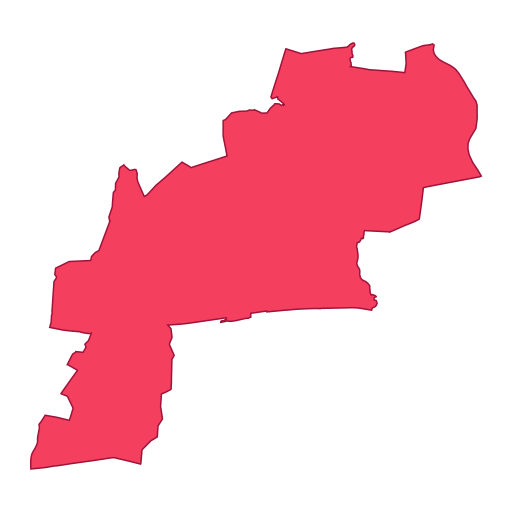 Viesturu pag., Rundales, Latvia
{"feature_id": "27541924B49235557147399", "entity_name": "Viesturu pag.", "entity_type": "district", "adm_level": 2, "iso_a3": "LVA", "parent_name": "Latvia", "parent_adm1": "Rundales", "projection": "orthographic", "projection_center": [23.935, 56.446], "detail": "fine", "context": "isolated", "style": "filled", "palette": "rose", "viewbox_px": 512, "rotation_deg": 0, "n_neighbors": 0, "source": "geoboundaries", "source_scale": "gbopen_adm2", "svg_char_len": 5857}
<svg xmlns="http://www.w3.org/2000/svg" viewBox="0 0 512 512"><path d="M249.4,317.6L250.8,317.1L250.7,314.2L250.8,313.3L266.8,311.0L266.9,311.9L281.9,310.5L282.9,310.4L283.0,310.3L287.1,310.1L295.6,309.3L301.0,309.0L307.7,308.7L314.9,308.5L320.1,308.6L320.1,308.4L352.3,307.7L357.3,307.9L361.0,308.4L371.6,310.2L371.8,309.3L372.4,308.1L373.6,307.3L374.6,307.0L375.2,306.6L375.7,305.9L375.9,305.8L376.3,305.5L376.4,305.1L376.6,304.7L376.8,304.3L377.1,303.2L376.8,302.1L376.6,301.5L376.2,300.6L375.7,300.3L375.5,300.2L374.7,300.3L374.3,300.0L374.1,299.7L374.0,299.3L374.0,298.9L374.2,298.1L374.4,297.6L374.7,297.4L375.1,297.1L376.2,296.7L376.2,296.4L375.6,296.1L375.2,295.6L373.2,294.9L372.2,294.6L371.7,294.8L371.3,295.0L371.0,294.7L370.8,294.4L370.8,294.2L370.4,293.3L370.4,293.0L370.1,292.3L370.1,292.1L370.0,291.7L370.1,290.8L370.0,290.6L370.0,290.3L369.9,290.1L370.0,289.9L369.7,288.0L369.8,286.3L369.6,285.6L368.3,283.8L366.0,281.7L362.9,280.3L361.5,279.2L360.1,276.9L360.1,276.0L359.8,275.0L359.6,274.2L359.7,273.4L359.8,273.0L359.8,271.0L359.5,269.3L359.2,268.7L357.5,266.0L357.1,264.8L356.8,263.5L356.9,262.3L357.3,261.1L357.9,258.4L358.0,256.2L358.0,254.4L357.5,251.2L357.2,248.8L356.7,247.4L356.6,246.1L357.0,243.8L357.4,242.6L359.1,242.2L360.4,240.7L360.9,239.5L361.0,238.9L361.5,238.2L362.2,238.2L362.7,238.7L363.1,238.4L363.3,238.2L363.5,237.5L363.4,236.2L363.9,234.7L364.0,232.3L364.5,230.6L389.9,231.9L389.9,232.0L392.4,230.9L392.8,230.8L399.4,227.9L403.3,226.1L414.8,221.5L419.1,219.2L419.5,217.7L421.6,202.7L423.4,187.7L426.6,186.9L435.8,185.1L451.6,182.1L454.9,181.5L458.5,180.8L466.5,179.3L479.6,176.8L481.3,176.1L478.0,170.4L472.6,162.3L469.2,154.9L467.9,148.8L468.1,143.4L469.7,138.8L475.9,128.3L477.2,118.5L477.1,113.4L477.1,105.2L475.9,101.1L473.6,97.8L466.4,85.9L464.1,81.7L458.7,73.1L457.0,71.0L455.5,69.2L454.2,68.2L452.2,66.7L449.4,65.0L443.7,62.2L438.9,59.3L436.2,56.6L434.3,53.9L433.7,51.8L433.3,49.7L434.1,45.0L432.6,43.9L430.2,44.7L427.4,45.1L424.5,45.4L422.9,45.7L414.9,48.6L408.1,51.2L406.0,51.9L405.4,52.3L405.6,54.4L405.7,55.1L405.9,57.2L405.8,57.6L405.8,58.3L406.1,62.2L406.1,63.6L406.0,64.5L405.3,69.2L404.9,72.2L404.8,72.6L393.1,71.4L373.9,70.0L371.4,69.9L368.8,69.6L364.2,68.7L350.6,66.6L351.0,66.3L351.2,66.0L351.2,65.0L351.1,64.1L351.0,62.8L350.9,62.3L350.7,61.8L350.4,61.3L350.1,59.9L350.2,58.5L350.4,58.2L350.6,57.8L350.8,57.5L351.1,57.4L352.5,57.4L352.9,57.0L352.9,56.0L352.8,55.6L352.6,54.9L352.4,54.3L351.9,52.5L352.1,51.2L351.7,50.2L351.7,48.7L352.6,47.3L353.9,46.4L354.6,45.4L354.7,44.2L353.9,43.0L352.7,43.0L349.6,44.8L348.8,45.9L348.0,46.4L347.8,46.4L347.2,47.1L342.4,47.6L333.1,48.4L329.9,49.0L310.2,52.1L307.6,52.6L301.2,53.6L286.3,48.9L285.9,48.8L284.2,54.1L278.6,72.7L275.2,83.2L270.9,97.0L272.1,98.7L275.8,97.4L277.5,96.8L277.8,98.9L283.1,103.2L283.1,103.4L284.3,104.5L283.7,105.3L283.0,104.4L281.5,105.5L279.3,104.0L275.8,103.7L275.4,103.7L274.5,104.0L274.1,104.8L270.4,108.2L267.0,113.0L261.4,113.1L259.9,112.2L254.6,109.8L254.6,110.1L252.9,110.2L249.3,110.0L249.1,110.1L247.5,110.8L246.8,111.1L239.5,111.3L231.6,112.9L225.5,119.6L223.2,120.5L223.1,125.0L223.2,127.2L223.1,130.4L223.2,136.1L223.3,136.9L225.6,148.4L227.0,156.0L191.0,167.6L188.8,166.1L186.6,164.8L182.0,162.1L181.6,162.5L165.1,177.5L156.2,185.1L155.7,185.6L147.2,194.8L144.3,196.5L143.7,195.2L142.0,191.4L137.9,182.1L137.6,181.0L137.3,179.2L137.0,177.5L137.0,176.9L137.3,173.8L137.1,173.0L136.9,172.7L136.2,170.0L135.6,169.6L135.2,169.5L134.7,169.4L130.5,170.4L129.7,170.3L129.3,170.0L126.1,167.3L124.1,165.5L123.9,164.9L120.1,167.5L119.7,168.2L118.8,173.8L119.1,176.7L119.0,176.9L117.7,179.5L115.6,183.2L115.4,189.9L115.3,190.2L115.2,190.3L113.5,192.3L113.4,192.5L113.3,193.0L112.8,199.2L112.5,202.7L112.3,206.8L109.0,216.7L108.9,217.0L109.0,217.4L109.5,220.4L109.6,220.7L110.0,220.9L109.9,221.2L98.9,250.5L95.9,252.2L95.4,252.4L91.5,256.5L90.7,260.5L69.5,261.5L69.0,261.6L55.6,268.2L54.8,274.5L56.3,276.6L56.4,276.9L56.5,277.7L54.0,281.6L53.6,287.3L53.3,291.6L52.0,311.2L52.1,314.0L51.6,315.1L51.5,315.7L51.2,321.4L51.1,322.4L49.7,327.4L62.6,330.0L68.0,330.7L76.8,331.5L78.3,331.7L78.8,331.6L78.9,331.4L80.9,332.2L83.0,332.7L88.7,333.6L91.3,333.3L88.5,340.6L84.9,344.2L84.9,344.3L86.0,346.9L85.9,347.4L85.6,347.9L83.1,352.3L82.9,352.3L75.8,351.6L75.7,352.0L75.4,352.4L74.3,353.1L73.0,353.8L72.1,355.2L71.7,355.8L67.3,364.6L67.5,364.6L76.9,369.9L77.2,370.1L77.3,370.3L77.3,370.6L77.1,370.9L71.6,378.5L61.0,393.5L61.1,393.8L67.1,396.1L67.4,396.3L73.0,407.9L73.0,408.5L70.6,416.5L69.3,420.3L56.4,417.2L45.4,415.3L45.2,415.2L41.7,420.8L40.2,422.8L40.0,423.2L39.4,423.7L39.1,424.3L39.0,424.9L39.1,425.6L39.2,425.9L39.4,426.5L39.3,427.4L39.3,428.2L39.0,429.9L37.6,437.5L37.5,438.7L37.6,441.1L37.4,442.9L36.6,445.1L35.2,448.0L33.3,451.2L32.3,453.1L31.7,454.7L31.3,456.3L31.0,458.2L30.8,460.5L30.7,463.1L30.8,466.3L30.9,469.0L46.5,467.4L53.4,466.1L58.5,465.6L72.0,463.5L92.3,460.7L104.9,458.8L106.6,458.5L112.5,457.7L114.4,457.7L130.4,461.5L140.6,464.1L140.8,463.8L141.6,454.6L141.8,451.7L142.0,450.3L142.1,449.8L142.4,449.4L143.1,448.7L151.0,440.7L155.1,438.2L157.2,437.0L157.3,436.9L158.0,426.0L160.4,422.2L162.4,419.0L162.3,417.6L160.8,407.8L160.5,406.2L160.7,404.8L161.4,394.3L161.4,394.2L161.6,393.9L166.3,391.9L170.6,389.6L170.9,389.3L171.1,388.9L171.2,388.3L171.2,386.4L171.4,383.4L171.5,376.1L171.9,359.4L174.1,355.5L174.1,355.3L173.5,353.8L169.5,344.8L169.5,343.9L169.9,342.6L170.6,340.8L171.8,338.2L172.0,337.3L171.9,336.1L171.0,328.8L167.8,325.0L176.3,324.5L176.3,324.4L177.8,324.3L178.4,324.3L179.4,324.3L187.7,323.4L226.2,317.8L226.4,318.5L226.3,319.2L226.2,319.4L225.0,319.8L224.1,320.5L223.4,320.8L222.9,320.9L222.1,320.7L221.6,320.9L221.0,321.3L220.6,322.0L220.7,322.4L227.3,321.0L230.3,321.4L231.2,321.3L236.0,320.6L245.7,318.4L248.1,318.3L248.7,318.1L249.4,317.6Z" fill="#f43f5e" stroke="#9f1239" stroke-width="1.5"/></svg>